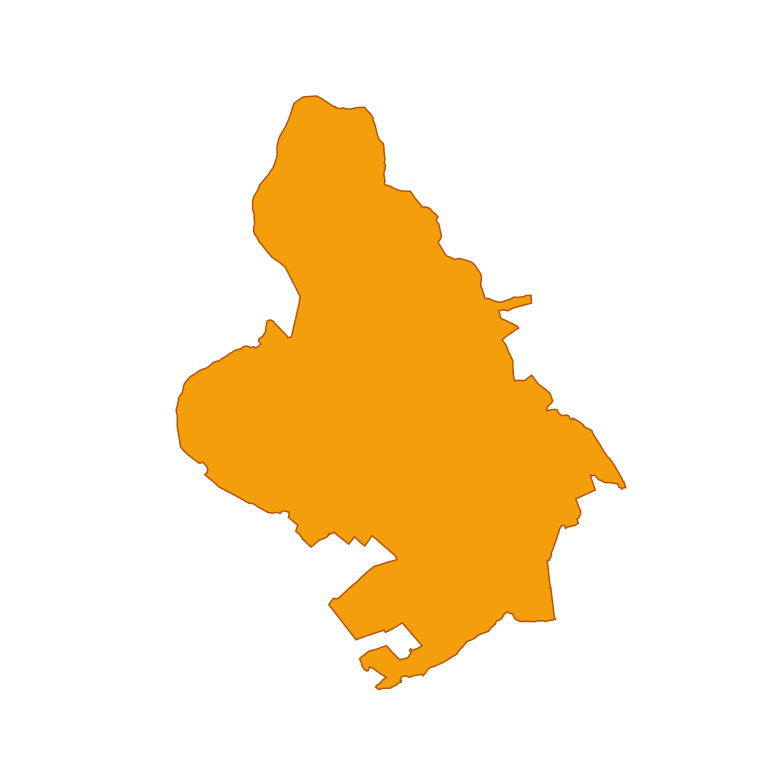 Rafaila, Vaslui, Romania, rotated 77°
{"feature_id": "2599482B94397717577016", "entity_name": "Rafaila", "entity_type": "district", "adm_level": 2, "iso_a3": "ROU", "parent_name": "Romania", "parent_adm1": "Vaslui", "projection": "equal_earth", "projection_center": [27.373, 46.79], "detail": "fine", "context": "isolated", "style": "filled", "palette": "amber", "viewbox_px": 768, "rotation_deg": 77, "n_neighbors": 0, "source": "geoboundaries", "source_scale": "gbopen_adm2", "svg_char_len": 6151}
<svg xmlns="http://www.w3.org/2000/svg" viewBox="0 0 768 768"><g transform="rotate(77 384 384)"><path d="M431.9,578.9L435.1,576.7L440.3,572.5L447.3,567.8L461.2,551.7L469.0,543.4L469.9,542.2L471.2,538.3L472.9,536.6L475.0,534.9L483.4,525.5L484.8,520.8L484.9,517.3L486.8,514.3L485.6,512.9L485.0,510.6L485.2,509.2L486.1,508.1L487.2,506.2L487.1,505.3L488.0,505.3L492.4,507.1L500.6,500.9L502.4,499.8L504.6,501.4L506.5,502.3L507.3,503.1L508.5,502.6L511.6,500.1L517.3,497.9L526.5,491.7L522.2,483.4L521.4,480.6L520.8,475.9L519.9,473.4L518.7,472.2L517.3,471.7L517.3,471.3L517.9,471.4L518.3,470.8L517.7,468.9L517.3,466.2L532.1,454.3L526.1,447.1L533.6,442.3L537.6,439.1L529.0,429.8L532.2,427.3L538.5,422.9L554.4,411.3L558.1,411.1L558.6,422.0L559.4,430.5L559.2,433.3L560.1,436.0L563.6,443.2L567.1,449.5L570.5,454.4L572.8,459.5L576.1,465.6L581.7,475.1L582.8,478.2L582.2,480.1L581.5,480.8L581.4,481.3L581.7,481.9L586.5,487.4L626.9,468.8L625.5,458.3L623.8,439.4L626.2,438.5L625.6,434.8L624.5,430.9L620.9,419.9L647.6,405.8L648.0,406.7L649.6,412.4L649.3,413.0L650.2,416.2L648.1,417.3L649.2,419.1L652.0,418.2L655.4,421.4L656.2,423.1L656.1,428.3L656.4,430.6L646.6,436.7L639.6,440.3L639.7,443.2L640.8,451.2L640.9,458.7L644.7,467.0L646.4,469.7L648.8,469.0L653.5,468.7L657.2,467.7L659.6,465.5L659.8,464.1L656.4,461.5L658.9,458.3L664.2,453.9L670.4,447.8L672.1,451.9L675.1,456.0L676.3,459.5L677.4,460.3L680.5,457.7L680.6,456.7L680.2,455.4L680.5,452.7L681.8,446.0L680.4,442.3L680.1,439.7L678.2,436.0L678.4,434.3L676.5,433.9L676.4,434.5L675.0,434.3L673.4,432.7L673.0,430.9L673.5,428.4L675.4,425.2L675.4,423.0L674.8,422.2L675.3,412.9L677.1,411.6L674.3,407.9L672.6,406.4L671.3,404.5L670.7,402.6L670.3,397.5L669.4,393.8L669.1,391.2L666.7,383.1L665.2,379.5L663.7,374.0L662.4,373.0L660.4,370.6L657.4,366.0L654.6,362.6L653.7,361.2L653.3,359.4L653.1,356.9L652.1,353.0L650.1,348.7L649.3,346.0L648.6,339.1L648.3,337.5L646.3,335.3L644.6,332.6L643.1,329.7L640.9,328.2L640.3,327.5L639.4,322.9L638.3,321.3L635.8,319.2L635.1,317.7L633.5,316.0L635.8,312.9L636.7,311.0L637.7,310.3L639.9,309.9L642.7,308.9L643.6,308.0L646.0,304.8L647.3,298.7L649.6,290.2L649.1,288.5L650.7,281.7L651.7,279.9L651.6,275.5L652.0,273.7L651.7,272.3L651.7,270.5L652.0,270.1L651.5,269.8L651.4,270.7L619.6,267.3L619.8,267.8L593.1,264.7L592.9,262.5L592.5,262.6L589.7,260.1L585.2,258.4L582.8,256.5L572.7,250.1L564.7,245.4L562.6,243.6L562.1,242.9L562.1,242.2L562.4,240.6L562.7,240.1L563.3,239.8L565.3,239.7L565.6,239.5L565.6,239.1L564.6,238.1L564.8,235.5L564.6,229.3L563.4,226.0L559.1,226.4L558.5,224.4L555.4,222.1L552.7,221.0L539.1,223.1L534.8,202.0L518.9,203.6L519.5,203.2L520.2,201.8L520.5,199.2L521.8,198.1L524.1,197.2L525.7,196.1L529.5,191.0L530.3,189.2L531.0,186.0L533.8,178.9L535.2,178.2L536.8,178.5L537.5,178.0L538.7,176.5L540.1,175.9L538.9,174.1L539.4,171.7L533.0,172.4L532.9,172.8L529.7,173.4L516.6,177.4L510.9,179.4L507.6,180.9L505.2,182.5L498.6,185.2L495.4,186.2L493.8,186.5L480.1,191.4L477.9,191.9L476.3,191.9L475.3,192.9L472.4,196.4L471.1,198.1L470.9,198.9L469.4,198.5L468.0,199.4L464.4,202.5L459.8,207.5L461.0,208.2L459.9,210.1L456.6,211.3L455.2,213.3L455.1,214.2L455.4,215.2L455.2,216.5L454.6,218.0L451.9,220.2L448.2,221.1L447.3,222.7L446.6,227.2L446.8,231.3L443.5,230.3L438.8,223.4L430.5,224.3L425.5,227.9L418.9,233.6L408.6,238.2L412.1,245.7L412.2,247.6L411.0,250.6L410.3,254.3L410.5,256.0L405.2,256.0L396.1,254.5L390.3,253.2L378.7,255.8L375.8,255.9L373.2,256.5L368.0,258.7L367.3,258.7L364.3,252.3L362.1,246.5L360.6,243.4L360.0,240.3L359.7,240.2L357.2,241.7L352.1,247.8L347.0,254.6L345.8,255.4L339.5,255.7L338.4,255.3L338.6,250.7L339.0,249.7L340.6,246.9L340.0,245.4L339.0,240.1L338.3,222.1L330.5,220.8L330.5,221.9L329.6,225.7L330.3,227.7L329.9,233.2L328.7,237.5L328.9,239.6L329.6,241.2L330.6,251.7L329.7,254.5L328.5,256.7L327.0,259.2L325.3,261.1L324.6,262.4L323.9,263.9L323.7,266.0L322.7,266.3L309.3,267.5L302.0,265.0L299.7,264.9L298.1,265.2L289.0,268.6L285.2,271.0L282.5,275.2L278.5,282.3L278.7,285.5L278.6,287.0L275.4,290.9L273.7,293.9L269.6,295.8L267.7,296.2L258.5,299.4L254.0,295.3L252.4,294.7L240.8,294.6L239.9,294.8L237.2,296.4L236.3,296.4L235.2,295.8L233.7,293.8L232.9,294.0L229.2,296.1L227.2,297.9L224.0,299.5L222.2,301.2L221.1,303.1L220.5,305.0L220.3,307.1L219.1,307.2L210.0,311.9L202.7,314.6L202.1,315.0L200.4,321.8L199.0,325.3L197.3,328.0L191.5,335.1L190.7,337.7L190.0,338.3L189.2,338.6L186.5,337.4L179.8,337.0L177.7,336.4L174.8,334.6L172.4,333.6L170.9,333.5L169.1,334.0L164.9,332.4L162.8,332.3L156.4,331.5L153.2,330.8L149.9,330.6L149.0,330.9L145.7,333.2L144.1,334.0L141.9,334.3L129.5,334.5L124.9,335.3L123.1,335.0L121.1,335.2L119.3,335.7L114.5,338.3L113.3,339.2L110.3,340.6L109.8,341.2L109.6,342.9L108.9,345.5L108.7,349.6L108.4,351.4L108.9,353.3L107.6,358.6L105.7,361.9L105.7,365.3L103.9,369.0L102.9,368.7L102.5,369.8L101.5,371.5L92.0,380.5L88.4,384.5L86.6,394.3L86.2,397.9L87.1,400.9L89.8,407.7L91.4,409.2L102.0,415.5L110.3,421.4L118.9,429.6L121.4,431.3L126.3,433.8L129.4,435.0L137.7,436.8L147.7,442.9L154.2,449.8L161.8,460.0L166.7,463.4L171.7,468.2L174.0,469.9L177.3,471.1L184.6,472.8L187.3,472.3L190.8,472.6L192.5,473.1L199.3,474.1L201.5,475.4L205.4,476.7L209.6,476.1L213.7,474.3L217.1,473.8L219.9,472.3L221.5,471.2L224.5,470.1L235.4,464.6L240.6,459.7L247.5,454.1L271.7,448.0L279.9,446.1L282.1,446.8L286.6,448.7L317.3,463.6L317.2,467.1L314.8,468.0L299.6,477.2L298.2,477.5L296.1,480.0L296.0,482.2L296.6,483.9L303.0,486.6L306.0,487.4L309.4,490.6L310.7,492.2L311.3,494.4L312.4,496.3L314.2,496.4L317.5,495.0L318.1,496.1L319.5,499.2L319.9,500.6L319.4,501.7L318.4,502.5L318.3,503.0L318.7,505.1L318.6,506.0L317.6,506.7L316.6,508.3L315.8,511.3L316.0,512.5L317.4,515.2L317.6,520.6L318.2,522.8L319.1,524.9L319.8,527.9L321.8,532.4L322.4,535.0L324.2,539.0L324.3,543.5L324.9,545.7L327.8,551.3L328.6,554.1L329.0,558.7L329.5,561.4L330.7,563.4L333.0,570.3L334.0,572.4L337.9,577.5L340.7,579.6L346.0,581.9L347.3,582.8L349.0,585.0L351.2,587.0L358.9,590.3L361.8,592.1L365.5,592.8L367.8,592.4L379.4,595.1L399.5,596.3L401.5,595.6L408.1,591.5L419.2,582.3L419.9,580.7L419.3,579.5L419.3,578.5L423.0,575.9L426.1,574.9L428.7,575.2L430.5,576.6L431.9,578.9Z" fill="#f59e0b" stroke="#b45309" stroke-width="1.5"/></g></svg>